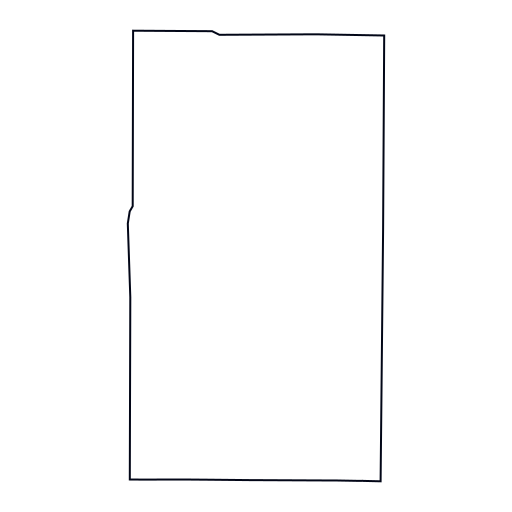 Graves, Kentucky, United States of America (Equal Earth projection)
{"feature_id": "52423323B8927734588522", "entity_name": "Graves", "entity_type": "district", "adm_level": 2, "iso_a3": "USA", "parent_name": "United States of America", "parent_adm1": "Kentucky", "projection": "equal_earth", "projection_center": [-88.656, 36.724], "detail": "fine", "context": "isolated", "style": "outline", "palette": "ink", "viewbox_px": 512, "rotation_deg": 0, "n_neighbors": 0, "source": "geoboundaries", "source_scale": "gbopen_adm2", "svg_char_len": 397}
<svg xmlns="http://www.w3.org/2000/svg" viewBox="0 0 512 512"><path d="M133.1,30.7L132.7,206.2L129.7,211.4L127.8,223.5L130.3,297.3L129.8,479.5L143.0,479.6L182.8,479.5L207.5,479.7L249.0,480.1L313.2,480.4L337.7,480.5L359.7,480.9L359.8,480.9L362.9,480.8L363.2,480.9L380.6,481.3L383.1,229.2L384.2,35.5L316.0,34.3L219.4,34.8L212.1,31.2L133.1,30.7Z" fill="none" stroke="#020617" stroke-width="2"/></svg>